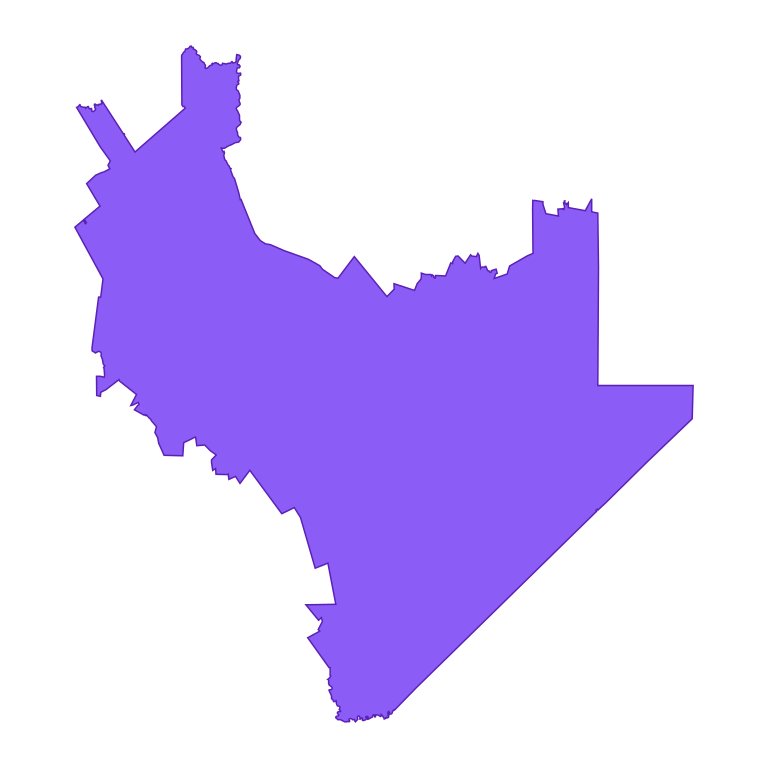 China, Nuevo León, Mexico
{"feature_id": "50627088B55287529852114", "entity_name": "China", "entity_type": "district", "adm_level": 2, "iso_a3": "MEX", "parent_name": "Mexico", "parent_adm1": "Nuevo León", "projection": "equal_earth", "projection_center": [-99.08, 25.492], "detail": "fine", "context": "isolated", "style": "filled", "palette": "violet", "viewbox_px": 768, "rotation_deg": 0, "n_neighbors": 0, "source": "geoboundaries", "source_scale": "gbopen_adm2", "svg_char_len": 5994}
<svg xmlns="http://www.w3.org/2000/svg" viewBox="0 0 768 768"><path d="M181.8,55.0L181.6,55.8L181.9,104.9L183.0,106.6L184.2,106.5L185.3,108.1L135.0,152.0L124.2,135.2L124.5,134.3L124.1,133.6L123.2,133.6L101.7,100.4L101.3,100.5L101.3,101.2L102.3,102.9L101.8,103.7L101.2,103.4L100.9,104.2L99.9,104.4L99.0,104.2L98.4,105.2L97.9,105.4L97.4,104.9L96.3,104.9L95.3,104.1L94.5,104.2L94.3,105.2L95.0,105.9L94.6,107.4L95.4,108.5L95.5,109.6L93.6,111.5L91.9,111.4L91.6,108.7L91.1,108.4L90.5,108.9L89.6,108.8L88.8,108.0L88.5,106.8L88.2,106.5L87.6,106.6L85.6,108.3L85.1,107.2L83.7,107.3L80.9,106.6L80.2,105.8L80.2,105.0L79.8,104.7L77.5,107.2L76.6,107.4L100.2,146.8L110.3,160.9L108.0,165.3L109.8,168.8L104.0,171.9L101.5,172.6L95.8,175.1L86.6,183.6L100.0,206.1L84.3,219.2L86.4,222.8L85.4,223.7L83.3,220.1L74.9,227.2L103.0,278.9L100.7,297.1L98.6,297.1L92.0,347.9L92.1,350.8L95.5,353.0L98.4,351.3L100.7,352.1L101.3,353.6L101.0,355.8L102.4,359.3L103.2,363.9L103.9,365.0L104.7,365.5L103.6,367.7L104.0,367.9L104.6,374.9L104.2,377.2L100.3,376.3L96.5,376.3L96.7,395.5L100.4,396.3L100.8,392.3L105.9,389.7L119.0,379.6L119.5,381.0L136.5,394.5L130.8,405.5L133.2,404.9L138.3,402.4L139.1,404.4L137.7,405.5L134.4,409.8L144.0,415.1L144.4,414.6L145.9,415.7L146.5,414.9L149.1,418.0L150.7,419.3L151.5,420.9L156.5,426.7L154.9,432.5L157.7,437.8L158.7,443.3L164.1,455.3L182.8,455.8L183.7,442.7L195.2,437.1L195.6,437.3L196.8,445.7L204.7,445.0L210.3,450.7L216.2,455.0L211.5,459.9L211.5,462.2L212.7,470.4L215.6,468.6L216.0,474.3L227.9,474.6L228.2,474.3L228.9,479.4L235.5,476.4L240.0,483.4L249.8,470.3L281.8,513.7L294.3,507.6L300.5,517.5L315.2,568.2L327.9,563.1L335.8,604.3L305.9,604.8L318.6,620.3L321.4,617.6L322.4,621.4L318.2,629.6L319.7,631.2L307.7,637.7L329.1,667.7L330.1,667.7L330.1,675.5L330.7,675.8L330.0,677.4L327.7,679.5L328.3,679.7L328.7,680.4L328.6,683.2L329.1,685.0L331.1,686.5L331.9,687.3L332.1,688.0L331.7,689.5L329.2,689.8L329.0,690.3L331.1,694.9L331.6,696.7L331.5,698.6L332.8,699.8L333.7,701.6L334.7,701.6L336.0,700.6L336.4,701.5L336.3,703.3L337.0,705.1L337.6,706.0L339.0,706.2L339.9,707.0L339.7,708.4L339.2,709.5L340.6,711.0L340.6,711.5L338.6,711.6L337.5,712.3L337.4,713.3L338.7,714.9L338.7,715.2L337.9,716.0L336.4,716.3L335.7,717.1L336.2,718.3L337.1,718.8L337.8,719.7L340.2,719.6L344.7,721.8L346.5,721.9L347.8,721.4L349.0,721.8L349.7,721.0L349.1,720.0L349.0,719.1L350.5,718.6L351.8,718.9L352.7,719.8L354.4,719.5L354.8,721.0L355.4,721.8L357.8,719.3L357.4,717.3L358.0,716.1L358.8,716.0L359.5,716.5L359.9,717.2L359.9,719.1L360.4,719.1L361.7,718.0L362.4,718.2L362.4,720.2L363.2,720.6L365.7,719.8L367.1,718.1L367.2,717.6L366.9,717.3L366.5,717.2L366.1,717.6L365.8,717.4L365.8,716.9L366.5,716.4L367.2,716.4L368.1,717.0L368.2,717.7L367.6,718.7L367.7,719.3L368.0,719.3L372.3,717.1L373.0,715.2L373.4,714.8L374.5,715.0L374.4,716.6L375.0,717.0L375.5,716.7L375.8,714.8L378.2,715.1L380.4,716.5L381.1,716.1L381.2,714.4L381.8,714.9L382.2,715.7L383.8,717.8L384.2,719.0L385.1,718.7L386.3,717.3L386.7,717.5L386.9,718.0L388.4,717.4L388.7,716.4L387.9,715.4L388.1,714.0L387.7,713.0L388.3,711.5L388.8,711.4L389.5,712.6L388.6,714.1L388.6,714.8L389.3,714.8L390.0,714.0L391.4,713.9L392.1,713.2L392.3,712.2L393.6,709.9L394.1,709.8L394.5,710.1L415.8,688.2L596.5,511.4L595.9,510.5L597.4,509.2L597.9,510.1L605.6,502.9L647.5,461.6L692.2,418.8L693.1,385.5L597.8,385.5L598.5,267.7L597.8,213.1L591.7,211.8L591.7,198.8L585.9,209.5L585.5,210.7L568.4,207.6L568.3,202.6L566.6,204.5L566.3,203.6L565.7,203.8L564.7,202.3L564.9,200.9L564.3,201.0L564.4,202.2L563.5,202.8L564.5,206.8L564.0,209.5L563.3,209.4L563.1,208.7L557.9,209.1L558.4,216.0L545.9,213.7L543.0,204.6L542.9,201.7L534.3,200.4L533.2,200.7L532.8,200.5L532.6,208.9L533.0,253.4L527.2,255.9L509.6,266.0L507.2,274.0L494.2,278.5L495.6,274.0L497.2,273.3L496.1,269.1L491.4,270.6L491.4,271.8L490.0,272.4L489.3,271.1L487.6,270.5L485.9,266.4L485.2,266.4L484.3,267.2L482.1,267.0L480.9,267.5L480.6,268.1L479.1,255.3L477.9,253.4L476.4,256.6L472.0,256.1L470.6,254.8L465.1,263.2L458.1,256.0L455.6,256.3L452.7,261.7L452.6,263.5L450.8,262.9L445.6,275.9L435.7,275.5L435.3,278.0L434.1,277.7L434.1,277.2L433.7,277.1L433.7,275.9L432.2,274.9L431.6,276.0L430.8,274.5L425.6,274.5L421.3,273.1L421.4,275.3L421.1,278.9L417.2,283.6L414.5,290.4L394.0,283.7L394.2,289.2L386.9,296.6L354.3,256.6L338.0,278.2L334.8,277.7L322.5,269.3L319.8,265.7L308.4,259.3L283.5,250.4L270.3,244.6L265.5,243.9L260.3,240.6L254.8,233.5L241.6,200.8L241.0,199.4L240.3,199.7L238.7,192.6L234.5,178.5L233.0,176.7L230.5,169.8L231.1,168.6L229.8,167.9L229.1,166.0L228.2,165.1L227.2,163.3L226.3,161.1L224.8,159.7L223.8,155.5L224.4,153.1L224.2,153.1L224.1,151.5L223.1,151.9L221.3,148.0L223.7,148.3L224.6,148.2L228.8,145.7L230.6,145.1L235.2,142.7L238.7,142.1L240.6,139.7L240.6,137.8L240.2,137.4L239.0,137.2L237.7,135.1L237.5,132.4L236.7,130.8L236.3,128.1L237.4,126.7L240.0,124.7L241.1,122.3L239.6,120.5L239.5,115.3L237.6,110.9L236.4,109.2L236.2,108.6L236.7,107.4L239.1,105.6L240.0,104.6L240.2,103.9L238.9,100.3L239.9,98.1L239.9,95.3L238.3,91.2L237.7,90.4L236.4,89.7L236.3,87.7L236.8,85.2L238.8,83.9L238.6,82.9L237.7,81.9L237.9,81.2L239.0,80.8L238.6,79.3L238.5,76.6L239.1,75.9L240.5,75.2L240.8,74.3L240.5,73.1L238.2,73.4L237.0,73.0L236.5,72.0L237.1,68.2L237.4,67.9L239.4,67.8L240.1,66.4L240.0,66.0L239.0,64.7L237.9,64.9L237.3,63.6L238.4,60.5L240.3,58.2L240.5,56.9L240.4,56.2L238.9,55.0L236.7,54.6L236.1,59.6L236.2,61.3L235.2,62.5L232.9,63.0L232.2,61.7L231.7,61.7L230.5,63.2L228.3,63.3L225.9,64.1L224.8,63.6L223.2,63.6L222.7,63.2L222.4,63.5L222.1,64.7L220.8,65.3L219.2,64.7L218.1,63.5L217.2,63.6L216.6,62.9L215.2,62.7L213.7,63.7L212.4,63.2L212.0,63.7L212.4,64.3L212.0,65.1L211.0,65.1L209.7,65.8L207.7,67.8L205.8,68.5L205.1,67.8L205.5,65.4L204.4,63.8L204.0,62.6L202.1,61.6L199.8,59.1L200.4,56.7L199.1,55.3L196.6,54.4L196.2,53.7L196.8,51.8L196.4,50.8L194.7,49.5L193.5,49.3L193.4,47.9L192.8,47.3L191.9,47.5L191.2,46.1L190.1,46.3L188.9,48.0L187.2,48.9L185.6,49.0L184.9,51.3L183.6,52.3L182.4,54.4L181.8,55.0Z" fill="#8b5cf6" stroke="#5b21b6" stroke-width="1.5"/></svg>